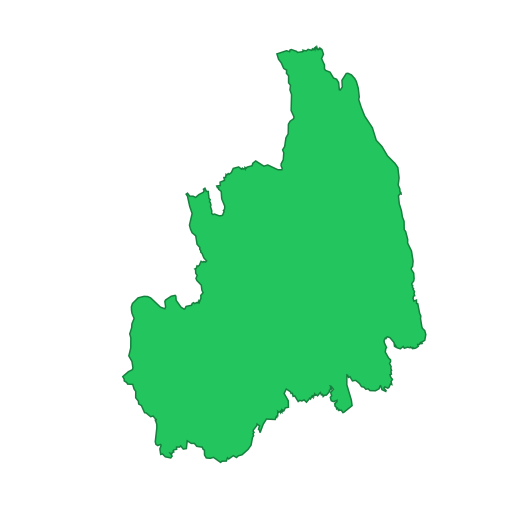 Wonogiri, Jawa Tengah, Indonesia, rotated 165°
{"feature_id": "22746128B32217084331074", "entity_name": "Wonogiri", "entity_type": "district", "adm_level": 2, "iso_a3": "IDN", "parent_name": "Indonesia", "parent_adm1": "Jawa Tengah", "projection": "equal_earth", "projection_center": [111.032, -7.962], "detail": "fine", "context": "isolated", "style": "filled", "palette": "green", "viewbox_px": 512, "rotation_deg": 165, "n_neighbors": 0, "source": "geoboundaries", "source_scale": "gbopen_adm2", "svg_char_len": 6053}
<svg xmlns="http://www.w3.org/2000/svg" viewBox="0 0 512 512"><g transform="rotate(165 256 256)"><path d="M138.9,438.5L140.4,440.3L140.8,439.2L141.5,440.0L142.4,439.1L143.2,439.6L143.2,442.2L144.0,441.2L144.4,442.1L145.6,440.0L145.9,441.6L147.1,440.5L147.9,441.5L148.9,440.2L152.2,442.1L154.3,441.1L157.4,442.6L157.3,441.5L158.2,441.3L163.1,441.9L164.0,443.3L168.5,446.3L169.8,446.2L170.7,444.7L173.4,446.4L183.5,445.8L183.3,440.2L181.6,436.0L180.7,430.0L178.3,427.6L179.3,424.6L177.9,421.6L179.7,414.9L178.5,411.9L180.2,407.7L179.9,402.7L184.4,387.5L183.3,380.5L184.1,378.9L188.2,377.3L190.6,374.9L193.3,365.7L196.5,362.4L200.0,354.3L202.8,351.7L202.5,348.4L204.8,341.8L207.8,338.6L208.4,336.7L208.0,333.7L208.7,332.6L212.5,333.6L221.1,340.9L225.1,340.7L231.7,347.9L235.1,346.4L236.4,344.2L241.6,344.2L242.6,343.3L243.7,344.4L244.0,342.8L244.4,343.6L245.9,343.3L246.5,344.4L247.5,343.6L249.7,346.5L255.3,346.5L258.2,343.0L260.9,341.9L261.5,342.8L263.2,341.8L263.8,342.6L265.0,339.8L266.7,340.1L266.8,337.2L271.6,336.6L272.3,333.3L275.8,333.8L275.6,331.9L274.5,331.6L274.8,330.1L272.9,327.4L274.3,320.2L273.3,312.1L274.3,309.3L275.7,308.3L275.2,307.5L277.7,304.1L278.8,303.9L281.1,304.3L285.3,307.3L286.9,307.2L287.8,308.6L287.0,311.2L287.2,315.6L286.3,316.9L286.3,319.6L286.9,320.4L285.7,322.3L286.5,323.9L285.4,330.7L287.2,331.3L287.8,334.7L289.5,334.1L289.2,332.4L290.3,331.2L295.3,330.1L299.2,328.2L301.2,330.0L304.5,330.9L305.9,334.4L307.5,333.8L306.7,331.6L307.2,321.1L306.7,313.6L312.3,303.0L312.3,298.9L311.7,295.0L309.0,291.1L309.9,282.6L308.0,278.7L308.6,277.1L308.0,275.3L308.4,274.1L307.4,272.4L306.9,267.8L305.0,264.0L306.5,263.2L307.8,264.2L308.8,263.7L310.4,265.1L313.1,261.8L314.6,261.0L315.5,261.8L316.8,259.6L318.4,259.3L317.9,258.5L318.7,254.9L317.8,252.5L319.8,249.9L319.4,247.5L316.4,242.0L317.1,237.0L316.6,234.2L319.5,232.3L320.1,229.5L322.0,227.0L322.5,227.6L322.9,225.9L323.5,226.8L324.2,225.6L325.2,226.4L327.5,225.9L328.4,227.1L329.9,226.7L331.0,225.1L336.6,225.4L338.4,223.3L339.2,223.3L341.7,226.0L344.6,233.9L343.8,238.0L344.3,238.9L348.3,239.1L354.8,236.9L355.8,235.7L356.5,230.2L357.7,228.6L361.6,231.4L368.6,242.8L371.2,244.9L374.6,246.0L380.7,246.1L387.6,242.1L389.5,239.2L390.3,235.8L390.6,232.8L389.9,227.2L393.4,222.6L394.7,218.8L398.1,213.5L398.1,209.3L400.8,199.6L404.7,192.4L403.1,186.2L403.8,179.9L404.8,178.2L409.2,177.3L415.9,174.0L415.2,171.1L415.6,169.5L413.6,167.2L413.2,165.5L408.3,163.9L408.2,159.1L407.2,156.4L408.9,150.2L407.2,146.4L407.6,143.4L405.4,141.3L404.2,133.5L402.7,132.8L399.3,128.0L396.9,128.1L395.3,124.8L395.6,123.7L394.1,124.2L395.6,122.8L395.4,119.1L396.3,115.6L401.4,102.6L401.4,99.9L399.9,98.3L397.1,98.7L396.6,97.8L398.8,94.5L399.4,89.0L397.6,89.1L395.6,85.5L390.6,83.0L388.8,84.4L389.9,87.7L388.5,86.7L387.7,87.8L386.1,88.0L386.4,89.3L385.3,90.0L382.7,89.8L382.2,92.0L379.2,91.2L377.9,92.0L376.2,88.3L373.1,88.0L370.3,95.3L367.1,91.8L364.0,90.9L362.5,87.5L357.3,85.2L357.2,83.1L356.1,81.8L357.2,77.2L356.3,73.8L352.5,72.4L349.2,72.5L343.6,65.8L342.0,66.6L337.7,65.6L335.8,68.4L334.9,67.0L329.6,69.0L327.0,66.4L324.7,67.6L320.9,67.6L313.8,71.2L309.7,74.6L306.3,81.7L304.8,83.0L304.9,85.1L303.5,86.2L304.1,87.5L303.6,88.6L299.1,92.0L298.5,93.4L296.5,91.1L298.5,88.0L297.7,86.8L297.9,85.0L297.4,84.8L292.6,91.6L288.1,95.8L279.8,93.1L278.3,95.2L277.7,94.8L277.3,96.1L276.4,95.9L275.6,98.9L274.9,98.9L275.0,100.1L274.1,99.1L272.4,99.8L272.6,98.6L272.0,99.2L271.5,98.3L271.0,99.9L270.5,99.0L269.7,99.2L270.0,100.3L269.0,99.4L267.0,101.7L263.8,101.5L262.3,107.7L264.4,115.9L261.2,119.7L257.9,116.0L257.7,114.2L256.4,114.0L256.5,110.8L254.8,110.8L252.9,104.5L251.0,105.2L249.3,104.1L246.8,104.6L245.1,101.7L240.7,104.8L240.3,103.8L238.4,105.9L237.6,104.7L237.5,105.7L236.8,105.4L237.0,106.4L235.7,106.3L234.9,107.6L234.5,106.1L233.7,106.3L232.7,105.0L229.2,107.5L228.8,104.9L227.5,105.0L227.5,102.9L225.8,103.8L224.0,103.4L220.0,106.1L219.9,107.3L218.7,107.5L218.2,109.0L217.7,108.1L217.1,109.2L217.7,111.0L217.2,110.7L215.7,107.2L219.2,104.9L219.1,101.3L220.8,100.3L220.8,96.8L218.9,95.3L215.1,95.6L215.6,94.2L218.0,93.3L217.7,92.6L218.3,92.2L218.5,90.4L217.7,89.4L217.6,87.4L216.7,87.9L216.3,85.7L215.5,86.2L215.1,85.2L213.5,85.0L212.6,82.2L211.8,82.2L201.9,86.6L201.2,92.1L201.6,108.2L199.0,117.6L198.4,117.1L198.0,114.8L196.5,115.1L195.2,110.4L191.9,110.1L189.0,106.0L187.9,102.5L185.6,101.3L184.4,98.8L182.0,98.7L180.8,96.5L175.5,94.9L171.5,95.9L169.9,98.3L169.2,98.4L168.9,94.3L165.7,91.6L165.2,92.4L166.5,94.9L166.2,95.8L165.3,96.2L162.9,94.2L161.6,94.7L159.3,97.5L158.1,96.7L158.0,99.8L156.1,101.5L157.2,103.9L157.4,106.6L155.8,106.8L155.5,109.9L154.7,110.3L154.8,112.7L154.1,114.3L154.9,117.5L153.3,119.2L152.9,120.9L154.3,123.1L156.0,129.7L154.6,133.0L153.6,133.7L154.5,139.0L154.2,141.2L152.3,143.3L151.8,142.6L150.1,144.1L147.7,142.4L145.1,136.7L145.6,132.9L145.0,132.3L144.5,133.6L143.6,130.9L140.6,129.0L137.3,130.5L136.6,128.5L133.2,128.7L131.0,127.5L130.3,128.1L128.7,126.1L128.1,126.8L127.6,125.8L125.6,125.7L122.7,126.7L122.7,128.7L121.3,128.2L119.8,129.6L119.5,128.6L118.2,128.5L118.4,129.8L114.8,130.9L112.3,136.2L112.3,140.2L114.0,143.1L114.1,144.8L113.3,152.9L112.3,155.4L112.8,158.1L112.1,168.0L113.2,168.6L112.4,171.9L115.2,171.6L115.3,174.5L114.2,176.5L113.0,176.6L113.1,178.9L112.1,180.5L112.9,183.1L112.3,183.6L113.0,185.3L112.3,186.9L112.9,187.7L112.6,189.1L110.1,191.1L109.1,193.4L108.1,198.7L109.4,202.6L109.0,204.3L107.4,205.5L105.6,210.4L104.5,220.6L106.2,229.2L105.2,232.7L105.1,240.8L106.0,243.1L104.0,251.2L104.5,255.8L103.8,262.2L104.1,269.4L102.8,277.4L100.6,278.8L99.8,278.3L99.6,280.0L100.3,280.6L99.7,283.7L100.3,287.7L97.6,294.4L96.1,304.7L97.8,309.5L103.1,318.7L106.0,329.2L109.9,336.6L110.4,349.8L114.8,363.0L115.9,372.5L116.3,380.7L115.1,382.9L113.8,391.5L113.9,398.5L114.7,401.8L116.9,406.2L119.9,408.7L121.6,408.9L127.5,403.5L128.9,396.9L131.7,394.5L132.5,395.0L131.3,402.1L132.4,405.9L135.1,407.9L136.9,414.4L140.8,417.3L141.4,419.0L140.4,422.8L141.6,429.7L138.6,433.4L138.9,438.5Z" fill="#22c55e" stroke="#15803d" stroke-width="1.5"/></g></svg>